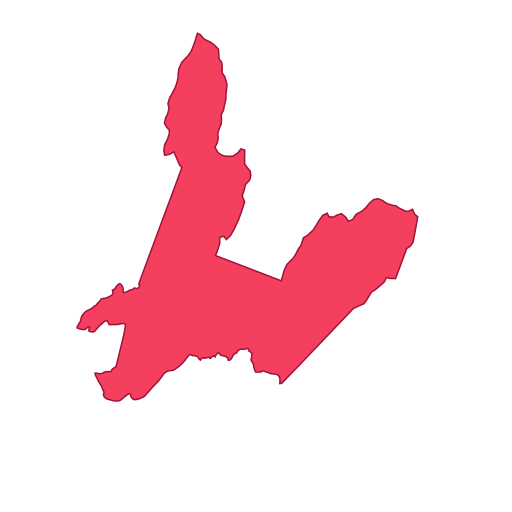 the district of Boa Vista do Ramos, Amazonas, Brazil, rotated 201°
{"feature_id": "56859067B11380578254177", "entity_name": "Boa Vista do Ramos", "entity_type": "district", "adm_level": 2, "iso_a3": "BRA", "parent_name": "Brazil", "parent_adm1": "Amazonas", "projection": "equal_earth", "projection_center": [-57.61, -3.16], "detail": "fine", "context": "isolated", "style": "filled", "palette": "rose", "viewbox_px": 512, "rotation_deg": 201, "n_neighbors": 0, "source": "geoboundaries", "source_scale": "gbopen_adm2", "svg_char_len": 4656}
<svg xmlns="http://www.w3.org/2000/svg" viewBox="0 0 512 512"><g transform="rotate(201 256 256)"><path d="M342.1,69.3L339.7,69.5L337.0,69.8L334.0,70.7L332.1,71.6L330.7,73.0L329.5,75.1L328.4,77.1L327.1,79.3L326.3,80.6L325.2,81.9L323.8,82.0L322.8,80.6L321.5,79.2L319.5,78.3L317.9,78.3L316.1,79.3L314.5,80.3L312.9,81.7L311.6,83.1L309.8,85.0L308.9,87.6L307.5,91.2L305.9,95.5L302.1,104.7L300.1,111.8L299.7,113.4L298.9,114.8L297.7,116.2L296.8,117.3L292.2,119.7L291.3,120.9L290.2,122.6L288.9,124.5L288.1,125.7L287.6,127.1L286.7,128.8L285.8,130.7L285.1,132.5L284.3,135.6L283.3,138.6L282.5,140.2L281.1,140.4L279.5,140.2L278.1,140.9L276.5,140.9L275.3,141.3L273.9,140.8L272.2,139.3L270.5,138.9L270.2,140.7L269.2,141.8L267.3,142.2L265.6,143.2L264.4,144.3L263.3,144.6L262.3,143.8L261.4,144.8L261.0,146.4L259.6,147.5L258.1,147.1L258.0,148.7L257.5,150.0L257.1,151.6L255.9,152.4L254.2,150.9L252.2,150.8L250.3,151.1L248.1,151.4L247.0,150.9L245.7,150.8L244.8,148.9L243.3,149.1L242.4,150.9L242.0,152.6L241.7,154.7L241.1,157.0L239.4,158.4L239.1,160.3L238.4,162.1L237.0,163.5L235.9,163.9L234.1,164.4L232.5,165.3L230.7,166.8L229.2,166.0L228.5,164.7L226.8,164.4L225.1,163.6L224.5,162.3L223.9,160.2L223.5,157.3L222.6,156.4L221.2,155.4L219.6,154.0L218.2,151.6L217.0,149.8L216.0,148.7L214.8,147.5L213.0,148.2L211.2,148.9L209.8,149.5L208.2,151.5L206.2,151.3L204.2,151.5L202.8,151.6L201.2,151.3L199.6,151.6L198.3,151.9L196.4,152.5L195.3,152.7L193.7,152.8L192.3,152.5L190.8,151.5L189.7,149.9L188.9,148.0L188.1,145.4L186.4,146.3L175.7,171.4L173.6,176.5L165.1,196.8L162.8,202.3L146.2,242.0L143.3,245.0L140.7,247.6L138.2,250.1L137.1,253.5L136.3,258.2L135.2,263.8L132.8,266.9L128.7,274.3L126.9,277.8L126.5,282.5L123.2,283.0L117.6,284.9L117.8,301.1L118.0,317.0L115.4,320.6L114.3,325.1L115.0,329.0L115.7,333.1L119.0,350.5L122.9,351.9L126.7,355.7L129.1,352.9L132.0,351.4L140.0,352.1L143.3,353.0L147.2,352.2L152.7,351.9L158.0,353.2L160.6,353.2L162.7,353.2L166.4,350.8L169.0,346.1L170.6,340.9L173.0,336.1L177.5,330.8L178.8,324.7L182.4,321.5L185.6,324.1L188.8,325.3L191.3,326.2L194.9,323.4L197.5,320.2L202.0,318.7L204.8,321.5L208.2,318.0L209.5,313.4L211.8,301.0L215.6,293.3L218.2,290.1L217.9,281.8L219.0,277.6L219.6,271.6L220.5,267.3L224.1,259.3L224.6,252.7L223.5,241.9L250.6,241.9L252.1,241.9L279.4,241.9L294.0,241.9L293.9,247.0L294.4,255.1L296.6,260.3L293.1,262.9L289.6,260.7L287.2,265.8L286.0,273.0L285.3,283.4L285.4,292.4L286.0,302.4L289.2,305.9L290.4,307.1L290.7,313.8L291.5,318.6L289.1,324.8L289.6,329.1L291.8,333.1L296.1,335.5L299.6,338.0L301.5,342.7L304.5,350.9L308.5,350.6L309.8,346.0L313.1,341.1L316.8,339.4L320.4,338.2L324.1,337.9L328.3,338.8L333.4,342.8L332.7,347.1L333.4,352.4L335.5,356.4L336.0,360.8L335.8,366.9L337.1,371.0L339.1,375.4L338.6,380.4L339.4,385.1L340.4,392.1L341.8,395.6L344.5,405.6L349.2,412.0L353.3,415.0L355.4,420.6L357.3,424.4L361.1,426.8L365.2,435.7L371.3,438.3L375.2,439.3L382.4,440.0L387.4,442.7L390.5,442.9L390.0,435.6L389.8,429.5L389.9,424.0L391.1,419.1L394.7,410.2L395.1,403.1L394.1,398.8L392.8,395.2L392.0,389.8L391.8,385.1L392.7,375.9L393.3,372.7L392.8,366.7L390.1,362.6L389.4,356.9L389.9,352.7L389.1,347.1L385.3,344.1L381.9,342.3L380.7,338.7L380.5,332.2L381.2,327.6L379.9,321.5L377.4,317.3L373.3,319.8L370.0,323.8L359.8,313.4L356.9,312.1L356.5,280.4L356.3,257.0L355.5,189.4L355.4,187.9L354.0,186.7L354.2,184.2L355.6,182.9L357.2,182.7L358.4,182.4L359.2,180.8L360.2,179.5L361.4,179.2L362.5,177.8L364.2,175.9L365.6,175.0L366.8,174.3L367.7,176.1L368.4,178.2L370.5,180.3L372.2,181.3L373.8,181.1L374.8,179.3L375.6,177.0L375.9,175.5L376.5,174.0L377.8,172.8L377.0,171.3L376.0,170.1L376.3,168.4L377.4,166.6L379.4,164.6L380.7,163.3L382.0,162.3L383.8,161.5L385.3,160.1L385.7,157.7L386.9,155.4L387.6,152.8L389.0,151.4L389.8,149.4L391.4,147.3L392.9,145.6L394.2,144.3L395.1,143.1L395.9,141.3L396.8,138.8L397.1,136.7L396.9,134.6L396.5,132.2L397.1,129.5L397.3,127.5L397.7,125.9L397.1,124.6L395.4,124.8L394.0,124.7L392.2,125.1L390.3,125.5L389.1,126.3L388.0,128.2L387.3,129.7L385.8,129.7L385.7,127.6L385.0,126.0L383.8,126.0L382.3,126.3L380.9,126.6L379.6,128.0L377.8,133.0L377.1,135.0L375.9,136.8L374.7,139.4L373.5,141.3L371.8,142.1L370.2,141.0L368.6,139.3L366.1,140.1L365.0,140.7L363.8,141.2L362.2,141.8L361.1,142.3L359.6,143.1L358.0,144.2L356.3,145.3L354.7,145.6L353.0,144.8L351.1,134.7L347.0,102.7L348.2,101.1L349.3,99.4L349.9,98.0L349.9,96.1L351.8,95.5L353.0,94.8L354.7,94.2L356.2,93.2L357.0,91.8L358.4,90.7L359.9,90.0L361.5,89.7L363.0,89.5L364.3,88.9L363.2,87.2L360.6,84.9L357.6,82.0L353.9,79.4L353.0,78.5L352.1,77.4L351.0,76.1L349.9,75.2L348.9,74.1L349.0,72.4L348.0,70.8L346.8,69.9L344.5,69.1L342.1,69.3Z" fill="#f43f5e" stroke="#9f1239" stroke-width="1.5"/></g></svg>